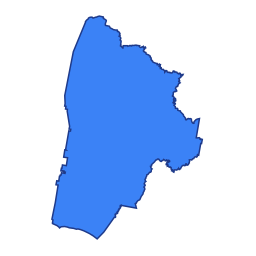 the district of Bellingen, New South Wales, Australia, rotated 91°
{"feature_id": "25037944B1782787006296", "entity_name": "Bellingen", "entity_type": "district", "adm_level": 2, "iso_a3": "AUS", "parent_name": "Australia", "parent_adm1": "New South Wales", "projection": "albers", "projection_center": [152.743, -30.374], "detail": "fine", "context": "isolated", "style": "filled", "palette": "blue", "viewbox_px": 256, "rotation_deg": 91, "n_neighbors": 0, "source": "geoboundaries", "source_scale": "gbopen_adm2", "svg_char_len": 5693}
<svg xmlns="http://www.w3.org/2000/svg" viewBox="0 0 256 256"><g transform="rotate(91 128 128)"><path d="M22.9,172.3L52.7,184.0L96.6,191.8L104.7,191.3L107.2,191.7L107.4,190.4L110.1,190.8L110.4,188.9L112.2,189.1L127.4,186.4L130.1,186.9L130.3,185.2L132.1,185.5L131.9,187.1L150.6,190.0L151.1,189.5L150.9,190.8L158.3,191.8L158.8,187.9L166.7,189.0L166.1,192.9L169.5,193.4L169.4,193.9L172.0,194.4L172.3,192.6L171.9,192.6L172.1,191.2L172.9,191.3L173.2,189.9L174.5,190.2L173.9,193.7L176.2,194.1L176.4,194.5L176.2,194.6L176.3,195.0L177.3,195.2L177.5,195.7L182.3,196.3L182.0,198.3L186.0,199.0L186.3,196.9L203.9,199.4L220.6,202.5L221.2,201.8L221.3,201.4L224.2,201.9L224.3,201.6L224.9,201.7L226.8,197.3L228.1,195.5L229.1,194.7L227.9,193.1L227.6,189.6L228.1,186.9L228.8,185.0L229.3,180.6L230.1,177.8L229.8,176.3L230.4,173.7L231.6,170.3L233.9,165.3L236.4,161.0L239.4,156.9L232.5,150.4L217.5,140.1L217.6,139.2L217.1,138.8L216.3,139.1L215.2,139.0L215.1,139.3L214.4,139.3L214.1,138.8L214.2,138.4L213.6,137.2L213.1,136.8L212.4,136.9L212.4,137.2L211.9,136.7L211.7,136.9L211.5,136.4L211.0,136.4L210.8,135.9L210.2,136.0L210.2,135.7L209.7,135.5L208.8,135.5L208.6,135.3L208.9,134.9L207.9,134.2L207.1,134.0L206.9,134.2L206.7,133.9L206.5,134.1L206.3,133.8L205.8,134.1L205.8,133.7L205.7,133.9L205.3,133.7L205.2,133.4L205.5,133.3L208.0,118.2L203.4,119.4L203.1,118.9L203.0,118.4L201.4,117.7L200.2,116.5L199.9,115.6L199.4,114.9L196.2,113.6L193.6,111.8L192.3,111.7L191.0,110.9L189.7,110.6L189.3,110.2L188.6,110.1L187.3,110.5L187.0,111.0L186.8,111.0L186.0,110.7L185.5,110.0L184.8,109.8L183.9,110.7L183.1,110.8L182.7,110.4L181.4,109.9L181.1,109.2L180.2,109.8L179.0,110.1L178.0,109.3L177.2,109.3L176.0,108.6L174.4,108.3L174.1,107.3L171.9,105.6L171.9,104.9L171.3,104.1L169.1,103.9L168.5,103.2L167.3,104.5L166.5,104.4L165.9,104.8L165.6,104.1L165.3,103.7L164.3,103.9L161.3,100.8L159.6,99.7L159.4,98.7L158.6,98.1L158.5,97.1L158.8,96.8L158.9,96.3L159.4,96.2L160.4,95.3L160.9,94.3L160.6,93.8L160.0,93.4L159.8,92.5L158.8,91.8L159.5,90.6L160.6,90.0L160.2,90.1L160.2,89.6L159.8,89.1L159.3,88.9L159.8,87.7L159.5,86.8L159.7,86.3L160.2,85.8L160.5,85.8L160.4,86.3L161.0,86.6L161.0,87.6L161.5,87.0L162.0,88.5L163.1,89.1L164.0,89.2L164.2,88.9L163.6,87.7L164.2,87.5L165.5,87.9L165.3,87.2L166.0,86.7L166.4,86.1L166.2,85.2L166.7,85.0L166.6,84.5L166.8,84.2L168.5,84.1L169.0,82.9L170.0,83.6L170.6,82.1L171.1,82.0L171.4,81.4L170.3,81.1L169.7,81.4L169.2,81.0L169.0,80.5L169.2,78.5L168.9,78.3L168.6,77.7L168.1,77.4L168.0,76.9L167.5,76.7L168.6,76.2L168.6,75.9L168.0,75.9L167.9,74.8L167.1,74.5L165.3,73.5L164.4,72.4L164.3,72.1L164.7,71.0L164.2,70.5L164.4,70.0L162.8,69.5L162.8,69.1L163.5,68.5L163.9,68.6L164.2,68.4L163.9,67.5L163.3,66.9L162.3,66.7L161.9,66.1L161.1,66.2L160.2,65.8L158.8,66.1L158.6,64.5L158.9,63.7L157.6,62.8L157.5,61.8L156.0,61.0L155.5,59.7L155.9,59.1L155.4,58.3L153.9,58.3L153.4,57.9L154.0,57.4L154.1,56.9L142.2,55.0L142.3,54.2L138.1,53.5L137.7,55.0L138.2,55.3L138.0,55.8L136.9,56.0L136.4,56.6L136.7,58.6L136.6,59.6L117.3,56.7L117.9,59.0L118.5,60.2L120.5,62.0L121.3,62.2L122.0,62.1L122.2,62.6L122.0,63.2L121.5,63.8L119.9,64.6L118.0,64.8L117.7,65.2L117.5,65.9L117.8,66.7L117.6,67.0L117.7,67.4L117.4,68.0L118.1,69.0L118.5,69.3L118.9,70.1L118.2,70.7L117.4,70.6L116.8,71.0L116.5,71.4L116.0,71.6L115.0,72.6L113.7,72.9L111.0,75.7L110.0,76.0L109.9,77.0L109.4,78.5L108.0,78.6L107.5,79.1L107.4,79.5L107.6,79.8L107.5,80.9L105.7,81.1L104.5,82.4L103.5,81.9L103.2,81.1L102.7,81.1L102.0,81.8L102.0,82.1L102.5,82.7L102.0,83.4L101.6,83.0L100.9,82.9L101.3,82.7L101.0,82.1L100.2,82.1L100.1,82.3L99.4,82.3L99.4,81.9L100.3,81.2L100.2,80.9L99.3,80.7L98.9,81.0L98.1,80.9L97.4,81.6L98.0,82.8L96.6,82.5L95.1,83.4L95.5,83.9L95.4,84.1L94.7,84.0L93.9,83.4L91.7,83.3L90.7,82.1L90.9,81.6L90.5,81.3L90.6,80.7L90.1,79.9L88.7,80.5L87.9,81.2L87.4,81.2L85.7,80.3L85.7,79.4L85.4,79.0L84.5,79.0L84.0,78.5L83.0,78.3L81.9,76.7L80.7,78.1L80.2,77.9L79.9,77.2L79.3,77.6L78.3,77.6L77.7,78.1L76.4,76.1L75.3,75.7L74.6,74.4L73.5,73.9L73.6,74.6L74.7,76.1L73.3,76.2L72.4,76.8L72.3,77.6L73.0,77.8L73.0,78.5L72.5,79.0L72.3,79.6L71.3,80.2L71.3,82.3L71.1,82.5L70.6,82.3L70.2,83.2L70.3,83.8L71.4,84.2L72.2,85.0L72.1,86.5L71.6,87.1L71.9,87.7L71.5,88.2L71.7,89.1L71.5,89.5L71.2,89.8L70.2,90.1L69.9,90.9L71.5,92.2L69.9,92.3L69.7,93.0L68.7,93.9L68.9,94.5L68.8,95.1L68.2,95.7L67.3,95.8L67.7,96.7L66.2,96.8L65.9,97.8L65.5,97.5L65.0,97.7L64.9,96.9L64.1,96.7L64.1,97.1L63.5,97.7L64.1,98.5L64.2,99.9L63.9,99.9L63.6,99.5L62.9,100.0L62.9,101.0L61.8,104.0L61.4,104.2L61.1,104.7L60.5,104.7L59.9,105.7L59.5,105.6L58.9,106.2L57.7,106.0L56.7,107.1L56.0,106.9L55.3,107.5L55.3,108.1L54.6,108.5L53.8,111.0L53.4,111.3L52.5,111.3L52.1,111.6L51.8,113.0L51.2,113.2L51.0,113.8L50.0,113.9L49.0,112.9L48.4,113.2L47.6,111.7L46.7,112.1L47.0,113.2L47.4,113.4L47.3,114.0L46.2,114.2L46.7,114.8L46.5,115.3L47.1,115.9L47.3,117.0L46.4,118.0L45.9,118.1L45.5,117.9L45.5,119.0L45.2,119.6L45.4,120.7L44.9,121.4L45.2,122.3L45.2,123.1L45.4,123.4L45.3,124.6L45.5,125.1L45.3,125.4L45.9,125.9L45.8,126.7L45.5,126.9L45.5,127.8L45.9,128.2L46.0,129.4L46.2,129.6L45.7,130.0L45.8,134.2L48.1,134.5L48.0,134.8L47.0,135.6L46.1,136.9L45.5,136.6L45.5,136.9L41.7,136.4L40.8,136.6L40.4,137.3L40.1,137.4L38.7,136.8L37.9,136.9L36.9,137.5L36.3,138.5L35.4,137.5L34.4,138.1L33.7,137.7L33.2,138.2L32.7,138.2L31.8,139.2L31.7,140.2L30.5,140.3L30.2,140.5L30.3,141.9L29.9,144.3L28.9,146.0L28.3,147.5L26.6,148.4L25.8,152.3L25.1,152.5L23.7,152.4L21.8,151.7L20.7,151.6L19.5,153.3L19.0,154.4L18.3,154.4L18.2,154.7L17.4,154.7L16.6,158.6L17.1,160.3L17.8,161.7L17.7,162.1L18.7,164.8L18.5,165.2L18.0,165.5L17.8,166.1L17.9,167.6L18.3,168.8L18.9,169.5L19.5,169.6L20.9,171.3L22.4,172.4L22.9,172.3Z" fill="#3b82f6" stroke="#1e3a8a" stroke-width="1.5"/></g></svg>